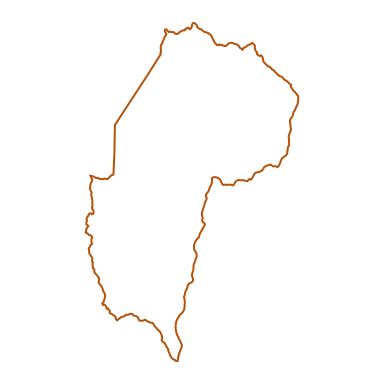 Francisco Sá, Minas Gerais, Brazil
{"feature_id": "56859067B59218349000893", "entity_name": "Francisco Sá", "entity_type": "district", "adm_level": 2, "iso_a3": "BRA", "parent_name": "Brazil", "parent_adm1": "Minas Gerais", "projection": "equal_earth", "projection_center": [-43.461, -16.444], "detail": "fine", "context": "isolated", "style": "outline", "palette": "amber", "viewbox_px": 384, "rotation_deg": 0, "n_neighbors": 0, "source": "geoboundaries", "source_scale": "gbopen_adm2", "svg_char_len": 5914}
<svg xmlns="http://www.w3.org/2000/svg" viewBox="0 0 384 384"><path d="M90.4,175.8L92.3,179.7L92.0,181.3L91.0,182.6L90.6,184.1L90.2,185.6L90.0,187.9L90.2,189.6L90.9,191.0L91.6,192.3L91.2,194.2L91.5,196.5L92.0,198.1L92.5,201.4L92.1,203.0L92.5,204.3L92.5,205.7L91.9,207.0L92.2,208.8L93.2,210.0L93.7,211.8L93.3,213.8L92.0,214.2L91.2,213.4L90.2,213.4L89.2,213.7L88.7,214.9L88.0,216.2L87.2,217.1L86.4,218.7L87.1,220.5L86.3,222.6L86.4,224.3L87.2,225.1L88.2,225.7L87.6,227.3L86.5,228.6L86.2,230.2L85.7,232.6L87.7,233.6L88.9,234.9L90.3,235.3L91.7,236.1L92.2,237.4L91.5,238.7L91.4,240.1L91.4,241.8L91.9,243.0L91.8,244.4L90.8,244.7L89.7,247.0L88.7,248.5L89.1,250.6L89.2,253.0L92.0,257.6L92.3,259.4L92.0,261.5L93.0,262.6L92.5,263.7L92.6,265.2L92.9,266.6L92.7,267.8L93.5,268.6L94.3,269.3L94.3,271.0L94.6,272.8L97.1,275.4L97.8,276.5L98.7,277.8L99.2,279.5L98.5,282.3L99.3,283.5L100.3,284.9L101.3,285.9L102.1,287.6L102.6,288.8L102.9,290.3L103.5,291.8L104.6,293.1L105.0,295.1L104.8,297.0L104.6,298.9L103.9,300.7L103.5,302.4L102.3,303.3L102.9,304.9L104.6,304.7L105.5,305.5L106.2,307.0L106.8,308.7L107.9,308.4L108.6,309.6L109.7,310.5L109.7,311.9L109.7,313.2L111.2,313.8L112.5,314.4L113.9,315.5L115.3,316.5L115.7,318.2L116.2,319.5L117.3,320.4L118.2,319.2L119.6,318.5L120.8,317.3L123.9,316.3L125.0,315.7L126.0,314.7L127.6,314.9L130.8,313.7L132.4,314.0L133.4,315.5L135.8,316.0L137.2,316.7L138.3,317.9L138.7,319.7L139.7,320.7L141.2,320.6L142.7,320.8L145.1,319.7L146.3,320.6L147.4,321.3L148.7,321.9L150.3,322.7L152.0,322.7L153.3,323.7L153.9,325.1L154.8,326.4L155.9,327.5L158.2,330.1L159.5,331.0L160.3,332.4L161.1,333.9L161.9,335.9L162.3,337.7L161.6,339.9L162.3,341.4L163.1,342.2L164.6,342.9L165.2,343.9L165.9,345.7L166.9,347.2L168.0,349.0L168.3,350.9L169.1,352.5L169.9,354.9L170.8,356.7L172.1,358.4L173.6,359.5L175.0,360.0L175.9,361.0L177.7,360.9L178.1,358.4L178.4,356.5L178.8,354.9L179.2,353.3L179.8,351.8L180.8,349.1L181.4,348.0L181.9,345.9L181.6,344.2L180.9,342.9L180.4,341.7L179.7,340.3L178.4,337.5L177.6,335.8L176.6,333.3L176.1,331.3L175.8,329.1L175.6,327.8L175.6,326.3L175.7,324.6L176.1,322.2L176.8,320.2L177.4,318.8L178.4,317.7L179.2,315.9L180.2,314.7L182.1,312.9L183.4,311.2L184.1,309.5L184.5,307.5L184.8,301.9L184.7,300.1L184.4,298.7L184.0,296.7L184.7,295.1L185.3,291.6L186.4,290.0L187.1,288.0L188.0,285.0L188.7,283.9L189.6,283.3L191.0,282.7L192.2,281.8L193.0,280.7L193.0,278.9L192.4,277.1L191.9,275.3L192.1,273.9L192.6,272.0L193.2,270.3L193.5,268.7L193.5,265.4L194.0,263.8L194.6,262.5L195.6,259.4L196.5,257.6L196.7,255.6L196.6,253.8L195.8,252.2L194.6,250.5L194.1,248.9L194.0,247.1L194.1,245.3L194.4,244.0L194.9,242.6L195.5,241.3L197.2,238.8L198.3,238.0L199.1,237.0L199.4,235.1L200.0,233.3L200.9,231.8L202.2,229.7L202.8,228.5L204.5,225.4L204.9,224.2L204.2,222.9L202.7,222.0L202.1,220.5L202.5,219.0L202.5,217.5L202.2,215.9L201.8,214.0L202.0,212.4L203.1,209.2L203.6,207.3L204.1,205.8L205.0,202.6L205.6,201.0L206.5,199.4L206.6,197.8L205.8,196.1L206.2,194.3L207.0,193.1L208.1,191.8L208.8,190.5L209.4,188.8L210.0,187.0L210.7,185.9L211.9,182.9L212.2,180.9L211.8,178.6L212.9,177.4L214.1,177.2L215.8,177.2L216.8,177.5L218.0,178.0L219.2,178.7L220.1,179.6L220.7,180.8L221.5,182.6L222.4,184.3L223.4,185.0L224.4,184.7L225.7,184.6L226.9,184.9L229.9,184.6L231.2,184.9L232.6,185.4L233.9,184.7L234.9,182.7L235.7,181.7L236.5,180.9L237.5,180.4L238.7,180.0L241.0,180.3L242.5,180.2L244.3,180.3L246.1,181.1L247.4,181.2L249.3,179.0L250.8,179.7L252.1,178.2L253.2,176.4L254.0,174.4L255.0,173.2L256.0,172.6L259.2,172.0L260.2,171.5L261.1,170.8L262.1,170.5L263.2,169.0L263.9,167.4L265.1,166.7L266.0,166.0L267.3,165.5L268.6,165.2L269.7,164.7L270.9,164.8L273.1,166.4L274.5,166.2L275.9,166.4L277.5,167.1L278.9,165.7L279.7,164.0L280.3,162.4L281.0,160.2L282.1,158.3L283.3,157.2L284.3,156.6L285.6,155.8L286.7,154.5L287.3,153.3L287.4,151.2L287.7,149.8L287.7,148.3L288.1,146.9L288.9,145.6L289.2,144.1L288.9,142.8L288.9,141.4L289.2,140.0L288.8,138.2L288.7,136.1L289.6,133.3L290.3,131.5L291.0,129.6L290.6,127.3L290.5,125.0L290.1,123.3L289.9,121.6L290.0,120.2L290.6,118.8L292.1,116.9L292.7,115.5L293.2,113.7L293.6,111.8L294.6,110.6L295.2,109.6L296.2,107.1L296.8,106.0L297.6,104.0L297.9,101.8L298.3,99.7L298.2,97.9L298.1,96.1L297.2,95.1L296.5,93.9L295.4,92.6L294.5,91.7L293.4,90.7L292.4,89.3L290.6,86.3L291.2,84.8L290.1,84.2L287.8,82.0L285.6,80.3L284.2,79.6L283.4,78.6L282.5,77.3L281.3,76.6L280.0,76.2L279.0,75.7L277.9,74.9L277.0,73.9L276.2,72.9L274.7,71.6L273.6,70.1L272.7,69.7L271.7,69.2L271.0,68.0L268.9,66.3L267.6,66.3L266.5,64.6L265.3,63.8L264.3,62.7L263.5,61.7L263.1,60.0L262.9,58.2L262.1,56.5L261.1,55.4L259.5,56.0L258.3,55.1L257.0,54.1L256.9,52.3L255.8,51.0L255.0,49.2L254.8,47.5L254.9,45.5L253.8,44.5L253.0,43.7L252.3,42.8L250.1,44.4L247.4,45.4L246.3,46.5L245.2,47.3L243.7,47.8L242.5,49.7L241.2,48.6L239.8,47.8L238.6,45.8L237.3,44.5L235.3,44.2L233.8,43.5L232.8,43.1L231.7,42.8L230.4,42.8L229.1,43.3L227.5,44.5L226.6,45.5L225.3,46.1L223.9,45.9L222.4,45.1L220.4,45.0L219.1,44.4L217.9,45.3L216.7,44.8L214.4,42.0L213.1,39.5L211.4,36.0L210.7,34.9L209.6,34.2L208.8,33.3L207.2,32.8L205.9,32.1L204.6,32.1L203.4,31.1L201.8,30.0L201.0,29.2L199.7,29.0L198.2,28.0L197.2,26.9L197.0,25.5L195.7,24.0L194.4,23.0L192.8,23.2L192.0,24.7L191.8,26.4L191.1,28.3L189.8,29.3L189.0,28.3L187.9,27.7L186.2,28.3L185.7,29.5L184.7,29.5L184.1,30.5L182.8,30.4L181.8,30.9L180.9,31.6L179.8,31.7L178.7,33.2L176.9,34.1L175.2,33.6L173.9,32.2L172.6,32.1L171.5,32.2L170.3,31.5L168.9,32.1L167.6,30.9L166.5,29.5L165.0,29.6L164.9,31.4L166.2,33.6L166.1,35.2L164.6,36.9L164.1,38.7L163.3,40.4L162.4,42.0L162.3,43.5L161.2,44.7L160.7,47.1L160.8,49.0L160.9,50.4L161.0,51.9L160.4,52.9L160.7,54.3L147.9,74.5L128.1,104.8L114.9,125.1L114.4,153.5L113.4,174.7L111.9,175.0L111.0,175.7L109.9,176.7L108.6,178.1L107.3,179.2L105.7,178.9L104.6,178.5L103.3,179.2L102.2,178.9L100.9,179.1L99.4,178.9L97.8,177.8L96.1,178.1L94.4,176.9L92.9,176.4L91.8,175.9L90.4,175.8Z" fill="none" stroke="#b45309" stroke-width="2"/></svg>